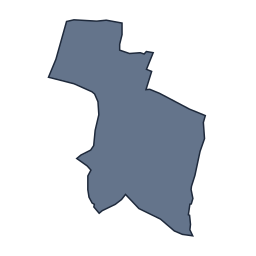 Artane-Whitehall Lea-6, Dublin, Ireland, rotated 88°
{"feature_id": "5873133B65902327619724", "entity_name": "Artane-Whitehall Lea-6", "entity_type": "district", "adm_level": 2, "iso_a3": "IRL", "parent_name": "Ireland", "parent_adm1": "Dublin", "projection": "albers", "projection_center": [-6.218, 53.392], "detail": "fine", "context": "isolated", "style": "filled", "palette": "slate", "viewbox_px": 256, "rotation_deg": 88, "n_neighbors": 0, "source": "geoboundaries", "source_scale": "gbopen_adm2", "svg_char_len": 894}
<svg xmlns="http://www.w3.org/2000/svg" viewBox="0 0 256 256"><g transform="rotate(88 128 128)"><path d="M238.0,67.1L231.9,69.7L226.6,68.9L217.4,69.5L216.8,70.7L206.3,68.8L206.1,67.4L200.7,65.6L191.7,67.1L188.5,66.6L177.8,62.8L153.9,56.8L141.3,51.9L125.1,52.5L118.3,50.3L111.3,65.9L94.5,95.2L90.1,104.9L90.3,108.7L72.3,102.4L70.0,107.5L53.6,100.2L52.2,107.0L54.6,109.3L53.2,113.1L53.6,123.9L49.9,133.6L44.0,133.4L34.5,130.7L22.9,130.3L19.5,145.9L20.1,155.6L18.0,178.3L19.4,185.7L56.7,197.6L74.5,205.7L81.9,180.4L90.5,162.8L92.8,160.2L100.7,157.1L113.7,156.7L129.2,160.9L144.4,162.9L148.8,166.1L153.3,175.9L156.7,180.3L164.4,170.2L168.8,166.5L174.5,169.8L188.3,170.3L195.8,169.4L201.7,166.5L203.1,164.3L205.7,164.9L212.2,159.8L209.7,156.6L203.8,143.3L199.3,137.0L194.3,132.8L208.9,119.9L220.2,98.7L232.5,85.3L236.2,77.4L238.0,67.1Z" fill="#64748b" stroke="#1e293b" stroke-width="1.5"/></g></svg>